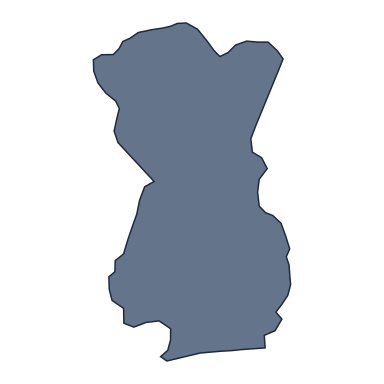 outline of Bom Jesus do Oeste, Santa Catarina, Brazil
{"feature_id": "56859067B58988295597686", "entity_name": "Bom Jesus do Oeste", "entity_type": "district", "adm_level": 2, "iso_a3": "BRA", "parent_name": "Brazil", "parent_adm1": "Santa Catarina", "projection": "robinson", "projection_center": [-53.096, -26.684], "detail": "fine", "context": "isolated", "style": "filled", "palette": "slate", "viewbox_px": 384, "rotation_deg": 0, "n_neighbors": 0, "source": "geoboundaries", "source_scale": "gbopen_adm2", "svg_char_len": 1097}
<svg xmlns="http://www.w3.org/2000/svg" viewBox="0 0 384 384"><path d="M278.7,69.9L283.1,58.9L277.2,50.6L268.0,42.1L257.6,42.1L246.8,41.1L235.6,45.0L227.9,52.7L219.8,56.5L213.9,50.4L207.1,41.1L197.5,29.2L186.4,23.0L177.4,23.4L170.5,26.3L162.5,28.1L152.3,29.6L138.3,32.5L129.9,38.3L122.8,41.5L119.1,48.6L113.2,54.6L101.7,54.7L93.4,59.8L93.7,71.0L98.0,83.0L105.8,93.1L115.7,101.1L119.3,108.5L116.8,118.8L114.1,131.0L118.0,142.6L154.1,181.5L144.7,186.7L139.6,200.1L136.8,214.1L132.0,227.5L127.6,240.5L123.6,253.9L115.2,260.6L114.9,271.7L108.9,276.8L109.2,289.2L112.1,300.5L123.6,308.4L123.9,323.3L133.8,327.1L146.2,322.4L159.1,320.9L170.6,328.7L170.6,339.6L167.8,350.3L160.6,356.6L166.8,361.0L200.3,353.0L221.1,351.2L231.7,350.6L240.1,349.7L265.1,347.9L264.3,335.4L275.1,330.7L281.9,319.1L275.9,312.1L282.0,304.1L287.8,295.4L290.6,284.7L289.7,274.0L289.1,265.2L286.3,256.8L289.7,248.9L285.8,236.4L281.0,223.3L272.8,215.5L265.5,212.6L259.2,206.1L257.6,192.2L259.2,179.3L267.2,168.6L261.7,157.8L252.4,152.2L250.8,138.8L255.9,125.4L278.7,69.9Z" fill="#64748b" stroke="#1e293b" stroke-width="1.5"/></svg>